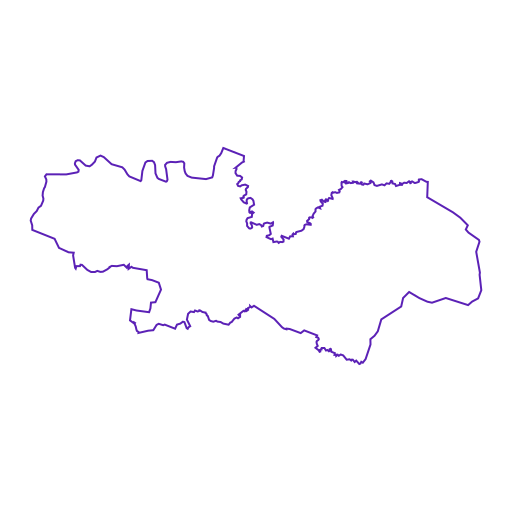 outline of Priekuļu pag., Priekulu, Latvia
{"feature_id": "27541924B48534505716436", "entity_name": "Priekuļu pag.", "entity_type": "district", "adm_level": 2, "iso_a3": "LVA", "parent_name": "Latvia", "parent_adm1": "Priekulu", "projection": "mercator", "projection_center": [25.395, 57.328], "detail": "fine", "context": "isolated", "style": "outline", "palette": "violet", "viewbox_px": 512, "rotation_deg": 0, "n_neighbors": 0, "source": "geoboundaries", "source_scale": "gbopen_adm2", "svg_char_len": 6080}
<svg xmlns="http://www.w3.org/2000/svg" viewBox="0 0 512 512"><path d="M478.1,298.4L481.3,290.2L479.6,274.8L479.9,272.6L476.2,251.8L479.5,241.7L478.9,239.9L468.5,232.6L465.8,229.5L467.8,225.3L460.3,217.7L452.9,212.3L427.2,197.2L427.8,181.9L426.4,181.8L421.6,179.2L418.9,179.5L418.7,180.0L419.0,181.2L418.7,181.9L415.6,182.9L414.7,183.0L412.1,181.4L410.7,181.9L410.8,183.0L410.3,183.2L409.0,181.3L406.7,183.0L404.2,182.7L402.4,183.8L402.0,184.9L401.2,184.9L400.9,183.4L400.0,183.1L399.9,184.8L396.0,186.0L395.1,184.0L392.5,183.4L392.3,181.4L391.5,180.8L390.9,181.0L390.6,182.1L389.3,183.8L386.5,183.4L384.5,185.3L381.9,184.4L376.9,185.9L374.5,185.1L373.5,182.4L370.8,180.6L369.9,181.3L370.8,182.4L370.5,183.0L367.5,184.3L364.2,183.5L363.4,184.7L362.1,184.6L361.4,183.6L361.8,182.5L361.2,182.2L360.8,182.4L360.6,183.7L357.0,183.4L356.8,183.1L357.7,182.5L357.0,181.8L354.6,182.1L353.7,181.5L352.9,181.5L353.3,182.5L353.1,182.8L350.6,183.1L349.0,182.2L348.5,182.9L345.9,183.5L345.1,182.7L346.5,181.9L346.7,181.3L346.4,181.0L344.9,180.9L342.9,182.3L341.8,182.0L341.5,182.7L341.6,185.8L342.5,187.1L341.0,188.9L339.0,189.9L339.7,191.2L339.3,192.4L336.9,192.9L335.2,192.2L333.1,192.7L332.7,192.2L331.8,192.8L331.3,195.1L332.7,198.2L332.6,198.9L329.1,198.0L327.9,199.7L328.1,200.7L327.8,201.0L326.0,199.3L325.2,200.3L325.8,201.4L325.5,202.0L323.8,201.6L321.9,199.7L320.4,200.2L320.7,201.4L322.8,203.7L322.5,205.7L319.6,206.8L320.1,208.3L317.9,207.4L316.3,208.3L315.5,209.2L315.5,211.5L313.7,213.6L312.6,216.0L313.2,217.4L312.4,217.9L312.0,217.4L309.5,217.4L309.1,217.8L309.1,219.2L307.1,220.9L307.2,222.0L310.2,223.3L310.8,224.0L310.7,224.8L306.4,224.3L304.8,224.9L304.4,225.4L304.4,226.8L303.6,229.1L301.5,230.7L296.5,232.0L296.1,232.3L295.7,234.0L293.9,234.2L293.4,233.5L292.5,234.5L292.9,236.3L290.2,236.3L288.9,238.7L281.7,235.8L281.3,236.8L283.6,239.5L283.5,241.6L282.4,242.1L280.1,241.9L278.7,242.9L277.7,241.7L276.8,241.5L273.4,242.1L272.6,238.6L271.0,239.2L266.5,237.1L266.8,235.8L269.3,235.2L270.8,233.9L269.4,227.5L269.5,226.8L272.7,225.5L273.1,222.9L273.0,222.3L270.8,223.6L267.2,222.6L264.2,223.4L263.8,223.8L263.2,226.0L261.8,226.5L261.2,225.2L259.3,224.1L256.7,224.8L251.1,222.3L250.7,222.4L250.6,223.2L251.8,225.2L252.2,227.2L251.6,228.1L250.1,228.6L249.1,228.3L247.1,225.9L247.1,223.4L246.3,221.3L246.6,219.7L247.6,218.1L251.8,216.9L252.1,213.9L253.6,212.6L252.0,211.4L250.8,211.8L251.2,212.5L250.9,212.9L249.9,212.8L249.4,212.3L249.2,210.2L249.8,207.4L254.1,204.7L253.4,200.8L252.5,199.3L250.5,197.9L248.2,198.3L246.9,199.4L246.6,200.9L247.0,203.4L246.6,203.6L243.7,202.3L241.2,199.4L240.7,198.3L243.6,197.8L243.8,197.2L243.4,196.3L243.8,195.7L246.2,194.4L246.5,191.9L245.7,189.8L246.0,188.8L247.9,187.1L248.1,186.0L245.2,184.6L241.7,185.3L240.2,186.4L238.1,185.9L237.2,184.1L238.3,183.1L238.7,182.0L240.1,181.2L240.1,180.4L241.7,179.4L242.1,177.5L240.1,175.9L237.2,175.7L235.5,173.1L235.6,171.0L236.5,169.2L236.4,167.6L235.6,167.7L242.0,162.5L243.9,161.6L243.6,161.0L244.0,156.0L223.3,148.0L221.2,153.2L219.5,155.7L217.6,156.9L217.1,157.7L214.1,166.3L214.1,168.0L212.9,175.5L212.2,177.4L206.0,179.1L191.7,177.6L187.5,175.9L185.6,173.5L184.7,171.1L184.1,167.6L184.3,163.3L183.2,161.8L181.3,161.4L175.9,162.2L170.5,161.9L167.0,162.8L165.1,164.9L165.2,166.5L166.1,169.1L167.5,179.7L166.8,181.3L166.0,181.7L158.7,178.9L157.4,177.8L155.5,173.4L155.1,165.1L154.0,162.2L152.2,160.8L147.5,161.0L145.4,162.5L142.4,170.9L141.3,180.2L140.6,181.1L129.3,176.4L127.4,174.3L124.6,169.6L122.3,167.3L111.6,164.2L103.8,157.1L100.5,155.6L96.5,157.5L94.9,161.6L91.8,164.8L89.6,166.3L85.7,165.6L79.9,160.4L77.7,160.2L75.7,161.2L74.9,163.3L75.0,164.6L78.7,169.9L78.4,171.7L77.1,172.4L66.3,174.4L46.5,174.3L44.9,176.4L46.3,179.4L46.4,181.7L44.9,187.1L44.1,188.3L42.9,192.1L42.6,195.6L43.4,198.6L43.2,200.7L41.0,205.8L38.5,207.6L36.7,211.1L33.9,213.9L31.1,218.5L30.7,220.6L32.2,225.3L32.3,229.9L54.6,238.8L59.0,247.9L68.6,252.3L73.7,252.7L73.1,255.4L75.1,267.8L75.7,268.6L76.4,266.1L80.0,266.1L80.5,264.7L82.0,264.9L87.3,269.9L91.1,272.0L95.0,272.0L97.3,270.9L100.4,271.9L102.9,271.7L107.3,269.3L109.7,267.4L109.6,267.0L111.8,265.9L116.9,266.2L123.8,264.8L126.8,267.7L127.5,265.9L128.9,264.7L128.7,268.8L131.4,266.8L132.9,267.8L146.7,270.2L147.2,278.2L147.5,279.2L152.0,280.1L158.8,282.7L161.0,289.6L155.4,302.2L151.0,302.6L150.4,308.4L149.1,312.2L136.5,310.5L131.4,309.2L130.0,320.4L133.4,322.9L133.8,322.2L135.0,323.0L134.5,323.7L135.7,326.4L136.4,329.5L136.9,330.9L138.8,332.2L138.6,332.9L148.2,330.7L153.3,330.2L156.6,324.9L158.7,323.8L163.2,325.2L164.7,324.6L175.1,328.7L177.0,324.6L180.3,323.6L182.9,321.7L184.4,322.1L186.7,328.2L187.7,328.8L188.5,327.3L190.2,326.2L186.9,319.6L188.1,313.8L190.6,311.5L194.0,312.1L195.0,310.5L197.7,311.5L199.3,310.9L199.4,310.3L200.2,310.5L202.4,312.0L205.6,312.6L205.6,313.2L206.7,314.2L206.8,315.4L207.8,316.0L209.1,319.9L210.7,321.0L213.3,321.7L216.1,320.8L217.4,321.6L220.6,322.0L223.3,323.6L228.6,324.7L230.4,322.5L231.6,322.1L234.4,318.6L236.7,317.5L238.0,318.3L240.1,316.9L240.1,314.7L238.9,315.2L238.5,314.7L243.5,310.8L244.5,311.3L245.4,310.2L246.1,311.2L247.1,310.6L246.3,309.7L246.4,309.0L248.1,309.4L248.1,308.0L250.3,307.0L250.2,306.1L251.6,307.4L254.0,305.8L274.3,318.9L282.0,327.2L284.0,328.6L286.5,329.3L286.6,328.6L289.7,329.0L300.7,333.1L304.2,330.4L317.1,335.4L316.3,337.1L318.2,337.7L318.8,339.1L318.3,340.0L316.8,341.1L316.5,342.0L316.8,343.8L317.7,345.9L315.5,347.8L318.6,350.2L319.6,351.8L320.3,351.5L320.1,349.9L321.5,349.5L321.3,348.6L321.7,348.0L324.4,348.0L326.0,350.5L327.4,350.0L328.9,351.3L329.6,350.9L329.6,349.3L330.5,348.8L330.9,349.1L331.4,351.8L334.8,353.1L334.5,354.9L336.0,354.7L336.2,356.0L337.7,354.7L338.8,355.8L340.7,354.5L343.2,355.4L346.7,359.7L349.6,359.3L351.2,360.5L351.9,359.6L352.8,359.7L354.7,362.0L356.2,360.6L359.3,364.0L360.4,363.6L361.3,361.8L362.8,362.7L365.6,359.1L370.5,344.5L370.4,339.2L374.5,335.8L377.8,331.3L381.3,319.4L401.2,306.5L403.1,298.0L409.1,292.0L419.4,298.1L427.4,301.7L432.0,302.7L445.8,298.0L468.1,305.1L472.1,301.6L478.1,298.4Z" fill="none" stroke="#5b21b6" stroke-width="2"/></svg>